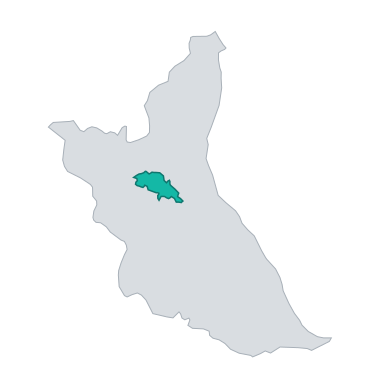 Ialoveni on a map of Moldova (Natural Earth projection), rotated 183°
{"feature_id": "MDA-1640", "entity_name": "Ialoveni", "entity_type": "District", "adm_level": 1, "iso_a3": "MDA", "parent_name": "Moldova", "parent_adm1": "", "projection": "natural_earth1", "projection_center": [28.789, 46.926], "detail": "fine", "context": "in_parent", "style": "filled", "palette": "teal", "viewbox_px": 384, "rotation_deg": 183, "n_neighbors": 0, "source": "natural_earth", "source_scale": "10m", "svg_char_len": 2677}
<svg xmlns="http://www.w3.org/2000/svg" viewBox="0 0 384 384"><g transform="rotate(183 192 192)"><path d="M45.2,53.6L47.0,50.0L64.3,40.1L68.7,41.7L77.7,42.1L96.0,41.8L105.1,35.3L110.6,37.1L115.2,34.2L122.8,30.5L123.9,31.3L124.8,31.9L136.5,33.5L145.3,37.0L151.1,42.4L157.2,45.8L163.4,47.1L166.9,49.8L167.6,53.9L173.4,55.9L184.4,55.9L189.1,58.6L187.4,64.1L188.5,65.9L192.5,64.0L195.4,65.6L197.0,69.7L198.7,71.6L204.4,65.3L210.3,65.9L224.7,68.5L232.3,81.7L237.1,86.4L241.3,88.3L246.6,86.3L251.3,83.8L254.0,85.0L259.8,93.7L261.2,105.2L261.1,109.8L259.1,117.5L256.2,125.8L253.8,131.2L254.8,135.5L256.9,139.1L260.4,140.3L271.5,147.7L275.7,152.7L281.7,156.5L286.3,156.7L288.7,158.8L289.6,161.4L289.0,167.9L286.4,174.1L286.8,178.0L290.9,182.6L291.3,188.1L291.6,191.6L293.8,194.2L304.0,200.2L317.3,206.0L320.7,210.9L322.8,217.2L322.2,227.8L321.4,237.0L338.8,249.3L336.9,251.6L334.2,254.2L317.6,256.1L314.2,257.1L306.9,247.8L303.1,246.6L299.6,250.0L295.4,251.9L290.4,251.0L285.0,248.1L282.3,246.1L280.1,245.8L276.7,247.9L272.2,247.0L269.3,244.7L265.1,252.6L262.5,254.3L260.9,254.0L260.5,240.6L259.3,238.5L256.0,238.2L247.9,241.4L240.2,245.5L237.6,249.2L237.8,255.8L238.9,263.7L244.2,275.7L241.3,280.9L239.3,289.3L231.0,296.9L221.7,301.3L220.9,310.5L215.7,316.7L206.8,322.9L200.8,330.4L202.3,335.5L202.7,340.4L201.6,343.7L201.4,346.3L199.1,347.4L185.4,348.3L181.6,349.9L177.2,353.5L172.9,346.7L168.7,340.8L165.6,337.6L166.9,336.1L170.3,334.4L172.8,332.4L172.5,325.3L170.7,317.2L169.1,313.3L168.9,307.1L167.8,297.5L169.5,279.8L176.3,257.4L180.1,246.3L178.3,240.2L179.7,226.1L176.8,219.1L172.3,209.9L165.7,190.0L157.6,183.1L147.5,175.5L143.2,169.8L140.4,163.4L134.4,157.2L127.5,151.4L119.4,137.0L115.2,130.5L113.9,128.8L104.5,119.5L99.7,111.2L97.2,104.4L95.8,98.1L89.3,85.6L83.4,76.2L77.8,69.5L75.2,64.8L68.6,58.8L59.2,54.1L53.1,53.2L45.2,53.6Z" fill="#d9dde1" stroke="#a8b0b8" stroke-width="1"/><path d="M215.2,202.5L214.6,201.2L214.6,199.6L214.2,198.1L213.2,197.1L209.1,193.9L205.2,190.2L205.8,188.4L206.1,186.6L203.2,184.9L200.6,182.5L201.4,181.8L202.1,180.9L204.8,181.2L207.2,181.1L209.2,184.6L212.4,186.4L213.6,185.1L215.0,184.2L217.1,184.9L219.2,186.1L222.6,186.0L224.5,182.0L225.8,183.9L226.0,186.7L225.2,187.8L225.0,189.0L226.3,189.5L227.7,189.4L235.9,191.9L237.1,195.3L239.5,196.3L240.2,195.0L241.2,194.0L243.0,194.4L245.0,195.1L247.1,195.5L248.8,196.8L248.5,198.9L247.2,200.4L247.8,202.6L251.0,203.5L248.5,205.5L245.8,207.2L243.5,207.7L241.2,208.7L239.7,210.2L239.1,210.2L238.6,209.9L235.8,207.8L234.4,208.6L233.0,209.7L231.0,209.5L229.0,209.6L225.2,209.5L221.4,206.6L220.5,202.1L218.0,199.9L216.7,201.6L215.2,202.5Z" fill="#14b8a6" stroke="#0f766e" stroke-width="1.5"/></g></svg>